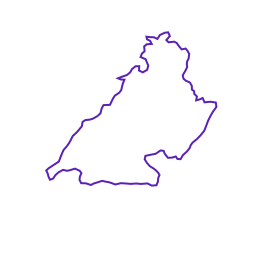 outline of Santa Cruz da Esperança, São Paulo, Brazil, rotated 54°
{"feature_id": "56859067B44664335204438", "entity_name": "Santa Cruz da Esperança", "entity_type": "district", "adm_level": 2, "iso_a3": "BRA", "parent_name": "Brazil", "parent_adm1": "São Paulo", "projection": "equal_earth", "projection_center": [-47.445, -21.286], "detail": "fine", "context": "isolated", "style": "outline", "palette": "violet", "viewbox_px": 256, "rotation_deg": 54, "n_neighbors": 0, "source": "geoboundaries", "source_scale": "gbopen_adm2", "svg_char_len": 1888}
<svg xmlns="http://www.w3.org/2000/svg" viewBox="0 0 256 256"><g transform="rotate(54 128 128)"><path d="M78.2,40.1L74.2,39.3L72.6,42.1L71.5,47.5L73.2,51.9L69.8,53.7L67.8,56.4L65.0,59.4L67.4,60.5L70.4,58.9L73.9,59.4L71.3,63.6L71.5,67.0L75.6,69.4L76.0,73.1L78.0,76.1L82.7,73.3L86.3,74.2L89.4,74.9L92.2,78.3L91.7,83.3L88.0,85.3L84.6,82.6L82.5,85.6L82.7,90.1L84.3,93.7L84.5,97.8L83.3,101.6L81.9,106.9L84.4,105.4L86.8,102.5L88.8,105.7L90.9,108.4L93.4,111.2L94.3,114.4L94.1,119.6L95.4,123.0L98.7,129.0L96.7,131.9L95.1,134.4L96.7,137.8L99.9,141.6L100.4,145.7L99.8,151.1L98.6,154.3L96.5,157.9L96.4,161.2L99.5,164.4L101.3,171.5L102.0,177.4L104.3,181.8L105.6,184.7L106.8,188.1L107.8,192.7L109.4,195.7L112.1,200.0L114.5,203.7L113.9,215.8L114.3,219.1L117.9,219.8L120.6,220.9L124.0,221.5L124.9,218.3L123.5,214.6L123.0,210.5L123.7,205.1L126.7,202.6L128.0,199.8L129.7,194.8L134.0,192.3L137.1,192.2L139.2,195.7L141.5,197.7L145.1,198.3L148.1,194.5L152.3,191.5L152.8,188.2L154.4,183.6L155.5,180.0L158.0,177.9L160.0,175.9L162.1,174.2L166.2,171.5L168.4,166.3L171.4,162.6L174.7,158.8L177.8,153.9L180.8,150.5L184.3,144.8L188.5,142.7L191.0,138.7L189.1,135.5L186.1,132.8L184.5,130.1L181.7,129.9L178.3,130.4L175.6,131.2L171.7,132.8L167.5,133.2L163.1,132.9L160.8,130.3L162.9,125.5L165.1,120.8L165.3,114.9L167.4,112.6L170.6,113.4L175.6,113.2L178.0,109.5L179.1,106.1L182.1,106.2L184.1,103.8L182.2,99.5L181.7,94.5L180.5,90.0L178.8,87.4L177.8,84.4L177.5,79.0L176.6,73.7L175.1,68.1L172.7,64.2L169.3,59.1L166.8,54.4L164.6,49.3L162.9,44.1L159.0,42.0L155.2,45.9L152.2,51.0L147.6,50.0L147.0,53.2L145.7,56.6L143.0,53.7L139.4,54.3L137.0,52.9L134.5,53.7L131.4,51.6L127.5,51.2L123.8,53.4L120.7,54.1L117.5,52.7L115.4,47.9L113.4,44.2L110.9,42.9L108.8,40.9L107.4,38.1L104.0,34.9L100.3,34.5L97.6,34.7L95.9,38.4L91.3,38.7L87.9,38.6L85.3,39.9L82.5,44.8L79.4,45.3L78.2,40.1Z" fill="none" stroke="#5b21b6" stroke-width="2"/></g></svg>